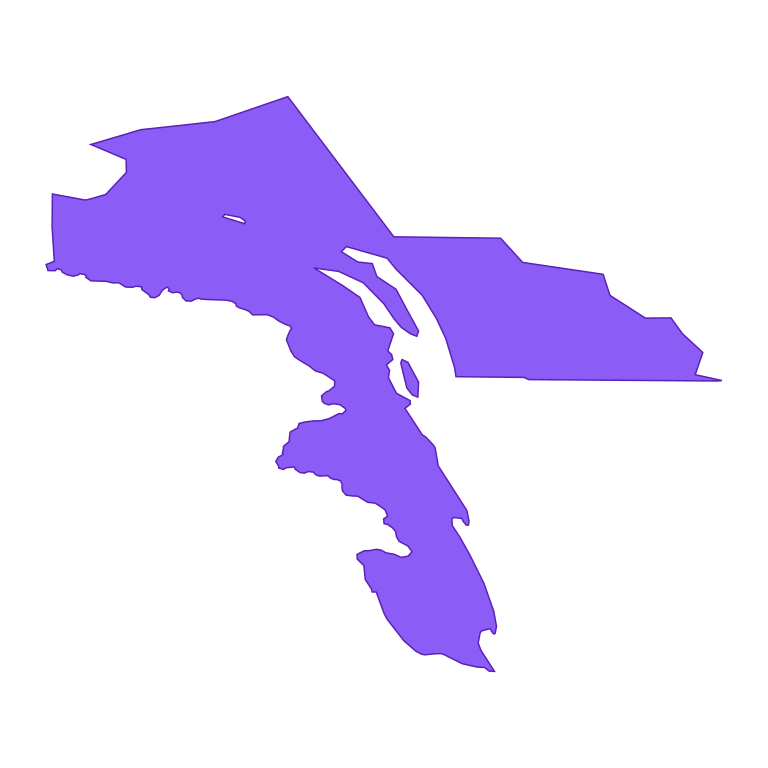 the district of Haines, Alaska, United States of America
{"feature_id": "52423323B20306178640915", "entity_name": "Haines", "entity_type": "district", "adm_level": 2, "iso_a3": "USA", "parent_name": "United States of America", "parent_adm1": "Alaska", "projection": "equal_earth", "projection_center": [-135.589, 58.96], "detail": "fine", "context": "isolated", "style": "filled", "palette": "violet", "viewbox_px": 768, "rotation_deg": 0, "n_neighbors": 0, "source": "geoboundaries", "source_scale": "gbopen_adm2", "svg_char_len": 3446}
<svg xmlns="http://www.w3.org/2000/svg" viewBox="0 0 768 768"><path d="M287.8,96.6L215.0,121.6L140.7,129.7L90.8,144.5L126.1,159.4L126.4,172.4L105.7,194.5L88.0,199.6L84.8,200.0L52.4,194.0L52.1,227.1L54.3,261.3L46.1,264.6L48.0,270.6L55.1,270.7L57.2,268.8L61.3,269.8L62.3,272.2L67.1,274.8L73.3,276.2L78.6,274.8L79.7,273.5L81.9,274.1L84.0,274.2L86.4,275.9L85.8,277.3L91.0,280.9L98.7,281.1L106.3,281.3L112.7,282.9L118.9,282.8L125.5,287.0L132.4,287.3L136.3,286.2L141.5,286.8L141.9,289.6L149.0,294.8L150.4,297.3L154.7,297.7L159.0,295.5L162.2,290.5L164.6,288.6L167.2,287.2L168.3,288.0L169.4,289.6L168.4,290.8L172.7,292.8L177.0,292.0L180.4,293.1L181.9,294.9L182.5,297.4L185.9,300.9L191.4,301.1L194.8,299.3L198.4,298.2L201.1,299.1L206.9,299.5L218.2,299.9L225.6,300.1L232.2,301.3L236.0,303.9L236.3,306.0L239.3,307.8L244.0,309.2L249.0,311.3L252.7,314.9L261.1,314.7L267.2,314.7L273.6,317.2L278.9,321.1L285.8,324.5L290.3,326.0L291.5,328.5L290.0,330.6L287.7,335.9L286.4,339.8L290.9,350.9L294.5,356.7L298.3,359.4L304.0,362.9L309.3,366.1L315.5,371.0L322.5,373.0L327.6,376.1L334.6,380.8L334.6,386.1L329.0,390.8L326.4,391.7L321.5,395.9L322.2,401.1L323.9,403.1L328.4,404.9L333.3,403.7L340.0,404.7L345.1,408.3L346.0,410.4L342.0,414.0L339.1,413.5L329.3,418.5L321.0,420.8L313.3,420.9L305.2,422.0L299.1,423.4L297.6,427.9L290.1,432.1L289.5,437.0L289.1,441.6L283.5,446.3L283.3,449.3L282.4,453.0L283.3,454.1L281.3,455.6L278.2,457.2L275.8,461.5L278.7,466.3L278.7,468.0L283.6,469.5L286.1,467.7L294.4,467.0L295.2,469.3L300.1,472.6L304.6,473.1L308.0,471.6L313.1,472.0L316.0,474.9L319.9,476.2L322.1,475.9L327.9,475.7L330.5,478.1L334.3,479.6L336.4,479.4L340.5,480.9L342.1,483.9L342.0,488.1L342.6,491.2L346.2,495.2L353.1,496.0L357.8,496.2L361.9,498.8L367.6,502.3L375.3,503.2L380.7,506.7L385.0,509.7L387.6,516.0L383.6,519.0L384.1,523.7L387.7,524.5L392.6,527.9L395.6,531.6L396.5,536.7L399.1,541.4L407.9,546.0L412.0,551.7L408.1,556.1L401.2,557.4L394.4,554.3L386.0,552.8L380.8,550.0L376.4,549.3L369.5,550.6L364.1,550.8L357.0,554.4L357.3,559.2L363.9,565.6L365.2,579.4L371.4,588.9L372.2,592.0L376.2,592.0L384.1,613.5L387.2,619.3L403.9,640.8L416.0,651.3L421.9,654.3L425.2,654.8L434.7,653.8L440.7,653.6L443.0,654.1L462.2,663.7L476.7,667.0L484.6,667.5L489.1,671.1L494.5,671.4L481.0,650.5L478.2,643.0L480.2,632.5L481.9,630.8L490.1,628.7L493.0,633.4L494.2,634.0L495.2,633.3L496.5,626.2L493.7,611.1L483.9,583.3L470.2,555.6L459.7,536.8L452.3,525.6L451.9,519.5L453.2,517.5L461.7,518.4L463.4,521.7L466.0,524.8L467.0,525.3L468.5,525.0L469.0,521.1L466.9,510.5L438.2,465.8L435.2,448.0L433.4,445.1L425.5,436.8L422.3,434.9L405.0,408.4L410.4,404.0L410.1,400.7L396.4,393.2L388.4,377.6L389.6,370.5L386.4,364.9L392.8,359.5L391.6,354.5L387.8,350.9L393.5,333.8L389.9,327.8L374.6,324.8L368.5,316.8L360.0,297.5L342.4,285.4L314.0,268.0L338.6,271.4L363.3,282.8L383.8,303.7L394.1,318.9L401.4,327.5L410.6,333.9L416.8,336.3L418.6,331.0L407.4,310.6L396.0,289.2L376.9,276.6L372.3,263.6L357.8,262.0L341.3,251.7L346.4,246.6L387.1,258.2L395.9,269.0L422.2,295.3L436.4,318.5L445.7,338.3L454.6,367.7L456.0,376.7L523.9,377.4L528.7,379.6L717.8,381.0L721.9,380.5L695.2,374.7L702.8,352.5L682.4,333.7L671.0,317.9L645.4,318.1L610.0,295.4L603.1,274.3L522.6,262.4L500.6,238.2L393.8,236.8L287.8,96.6ZM222.6,216.9L224.9,214.4L240.1,217.4L245.2,221.0L244.8,223.7L222.6,216.9ZM402.0,359.5L400.8,363.0L406.8,387.9L412.4,395.0L417.8,397.1L418.6,382.2L407.9,362.3L402.0,359.5Z" fill="#8b5cf6" stroke="#5b21b6" stroke-width="1.5"/></svg>